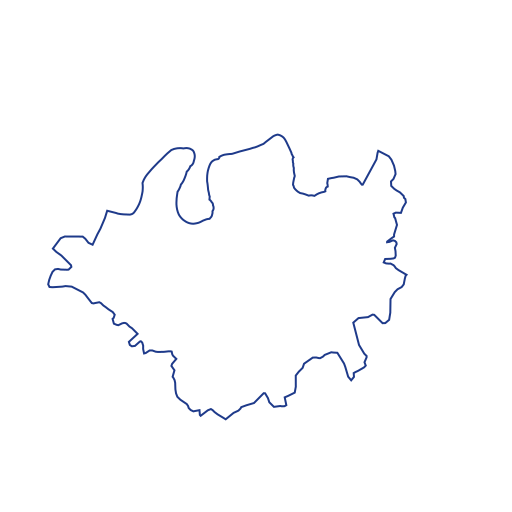 outline of Al-Bagur, Al Minufiyah, Egypt, rotated 223°
{"feature_id": "37247803B46685873859675", "entity_name": "Al-Bagur", "entity_type": "district", "adm_level": 2, "iso_a3": "EGY", "parent_name": "Egypt", "parent_adm1": "Al Minufiyah", "projection": "natural_earth1", "projection_center": [31.09, 30.413], "detail": "fine", "context": "isolated", "style": "outline", "palette": "blue", "viewbox_px": 512, "rotation_deg": 223, "n_neighbors": 0, "source": "geoboundaries", "source_scale": "gbopen_adm2", "svg_char_len": 6157}
<svg xmlns="http://www.w3.org/2000/svg" viewBox="0 0 512 512"><g transform="rotate(223 256 256)"><path d="M409.6,122.9L404.8,122.8L398.7,123.6L385.0,123.1L383.6,122.1L383.8,118.2L384.7,117.2L389.6,112.9L392.0,111.5L393.9,109.1L394.0,105.6L392.7,101.6L391.0,97.6L388.7,93.6L385.9,92.5L383.5,94.4L376.7,101.6L374.8,104.1L369.9,107.9L357.6,111.4L354.3,111.3L351.5,110.8L344.0,109.6L342.5,110.5L341.5,112.0L340.1,113.9L339.1,115.3L337.2,115.8L333.9,115.7L331.1,116.1L327.6,116.4L322.5,117.3L319.3,116.7L317.9,113.7L318.0,112.2L313.8,109.6L311.0,110.6L309.5,111.5L308.0,115.4L307.0,116.9L306.0,117.8L304.6,118.3L300.4,118.1L297.5,118.6L289.5,118.3L290.4,106.5L287.6,104.9L285.2,105.3L283.2,107.7L282.6,114.2L282.1,115.1L280.2,115.1L277.4,113.5L275.1,111.0L271.4,108.4L270.5,109.8L269.4,114.3L267.4,116.2L264.1,117.6L262.2,119.0L257.8,123.3L254.9,126.7L253.4,128.1L252.5,128.6L250.2,127.0L248.8,126.5L244.1,126.4L243.8,119.9L242.9,117.9L237.7,116.8L234.6,110.8L233.7,110.7L230.9,109.7L228.6,108.1L224.0,103.5L220.8,101.0L217.5,99.4L213.3,99.3L205.7,100.5L203.4,100.0L201.5,98.9L198.7,98.8L195.8,99.7L195.2,100.6L192.2,104.7L188.7,101.5L187.5,101.4L186.0,110.3L184.6,113.3L182.7,113.7L179.9,113.6L176.1,114.0L169.9,115.3L166.8,115.9L165.4,126.0L163.4,130.9L163.3,133.9L163.7,135.4L161.2,140.3L157.2,147.1L156.8,160.9L155.7,161.8L150.3,160.2L146.5,158.1L140.0,157.9L136.0,162.8L134.6,163.7L132.7,165.6L132.1,167.6L138.6,172.2L137.1,175.6L134.5,182.5L137.7,187.5L145.4,195.7L145.8,200.6L145.6,206.0L147.4,210.0L145.2,220.4L142.8,222.8L140.4,224.2L139.4,225.1L138.4,228.1L138.3,230.5L135.3,236.9L133.4,238.3L130.5,240.7L118.3,237.4L115.1,235.8L106.3,230.6L101.6,230.0L101.9,234.4L104.7,237.0L104.1,239.0L103.1,241.4L101.0,248.3L101.0,250.7L104.2,252.3L106.0,257.3L106.9,258.3L110.2,258.4L120.0,261.2L139.4,273.6L138.7,280.5L132.4,287.7L130.8,292.6L129.4,293.6L117.6,293.2L115.7,295.1L115.1,300.1L119.1,306.1L128.3,316.3L129.9,324.2L129.8,328.2L128.3,332.6L128.6,336.0L131.8,341.1L133.1,343.6L133.1,344.9L142.1,342.9L145.4,342.5L147.7,343.0L149.1,343.1L152.5,342.2L153.4,341.2L155.8,339.3L158.2,338.4L159.5,341.9L155.7,345.7L153.7,348.1L153.2,349.6L154.1,351.6L157.3,354.7L160.0,356.7L161.3,360.7L162.7,361.7L164.6,361.8L166.5,360.9L168.0,357.4L169.5,355.5L169.9,356.0L169.4,359.0L168.8,362.4L168.3,364.4L169.7,365.9L174.1,374.9L180.1,378.6L181.1,378.6L184.3,380.7L183.3,383.1L179.4,386.4L181.6,391.5L182.9,397.4L185.6,399.5L187.5,399.5L188.9,400.6L194.1,400.7L197.9,399.8L200.7,399.4L204.9,399.5L208.1,402.6L208.0,406.1L209.8,411.1L212.1,413.1L216.7,416.2L222.7,418.8L226.9,419.5L238.3,416.3L237.4,414.3L233.8,408.8L226.6,381.0L227.1,380.4L228.5,380.5L230.9,381.0L234.2,381.1L238.0,379.8L240.9,377.9L244.2,376.0L249.6,370.7L252.5,366.3L254.0,364.4L256.0,361.5L253.6,357.9L252.3,357.0L250.9,355.7L251.2,355.0L251.3,354.4L251.4,354.0L251.2,353.3L250.9,352.5L250.5,351.8L250.0,351.1L249.4,350.6L250.0,349.3L251.6,347.0L252.1,346.0L252.8,344.7L253.6,342.5L254.0,340.9L254.3,339.8L255.4,339.2L256.6,338.4L257.7,337.3L258.6,336.1L262.0,334.7L264.3,333.6L266.7,332.1L267.3,332.0L269.2,331.6L271.2,331.5L273.1,331.6L274.8,331.9L276.0,332.7L276.6,333.0L277.5,333.3L278.8,335.0L279.8,336.6L281.5,339.4L281.7,340.0L281.9,340.4L282.4,341.1L283.9,342.1L285.3,343.1L287.0,344.6L288.4,346.2L289.1,346.6L290.0,347.2L291.0,348.1L291.7,349.0L292.8,349.6L293.4,350.2L294.1,350.9L294.6,351.2L295.1,351.6L295.4,352.1L295.7,352.6L295.8,353.2L295.8,353.8L297.0,354.0L297.4,354.2L298.1,354.5L299.2,354.8L299.9,355.2L300.6,355.7L304.9,357.5L311.5,360.1L313.6,360.8L314.7,361.1L315.9,361.3L316.8,361.4L318.0,361.3L318.8,361.2L320.0,360.9L320.7,360.7L321.8,360.2L322.9,359.6L323.6,358.6L324.2,357.5L324.7,356.4L325.1,355.2L326.2,348.6L326.6,346.3L327.0,343.1L328.2,340.5L329.6,337.2L330.8,334.8L332.0,333.0L333.6,330.1L339.2,321.3L342.8,315.0L343.4,314.1L345.1,312.3L346.7,310.4L348.2,308.5L348.8,307.5L349.7,305.6L350.4,303.5L350.0,303.1L349.8,302.5L349.7,302.0L349.7,301.4L350.0,300.8L350.8,299.8L351.2,299.2L351.8,298.3L352.0,297.7L352.3,296.6L352.5,295.9L352.6,295.2L352.6,294.1L352.5,293.4L352.3,292.3L351.7,290.5L350.6,288.0L349.3,285.5L348.2,283.8L346.6,281.6L344.7,279.4L343.2,277.8L342.6,277.2L340.9,275.9L339.7,274.9L337.4,272.9L336.2,271.8L334.9,270.9L333.5,270.0L332.8,269.4L332.0,268.8L331.4,268.4L330.5,268.0L328.5,265.5L327.7,265.6L326.7,265.5L325.8,265.4L325.1,265.1L324.2,265.1L323.5,264.9L322.7,264.4L322.1,263.8L320.9,263.2L320.4,262.8L319.7,262.2L319.2,261.5L319.0,261.2L318.6,260.2L318.4,259.1L317.5,258.2L317.0,257.6L316.1,256.0L315.8,255.4L315.5,254.6L315.4,253.8L315.4,252.5L315.3,252.0L315.4,251.4L315.8,250.9L316.2,250.6L317.3,249.0L318.9,245.7L319.4,244.2L320.0,242.6L320.7,241.1L321.6,239.7L322.7,238.2L323.6,237.1L324.6,236.2L325.7,235.4L327.2,234.5L328.9,233.8L330.2,233.4L331.8,233.1L333.8,232.8L335.8,232.8L337.8,233.0L339.8,233.4L341.2,233.9L343.1,234.8L345.4,236.2L347.5,237.8L349.4,239.5L350.8,241.0L353.4,244.1L355.2,246.6L357.2,249.5L357.5,251.3L358.1,253.4L358.8,255.4L359.7,257.1L359.7,258.2L359.9,259.6L360.1,260.5L360.4,261.8L361.3,264.3L362.1,266.3L363.0,268.3L364.2,270.5L364.1,272.2L364.3,273.8L364.7,275.4L365.3,276.9L365.0,277.9L364.9,278.9L365.0,280.1L365.2,281.0L365.6,281.9L366.0,282.7L366.4,283.3L366.8,284.2L367.4,285.3L368.3,286.6L369.1,287.5L370.3,288.5L371.3,289.1L372.7,289.8L373.8,290.1L374.2,290.1L375.4,290.0L376.5,289.7L377.3,289.5L378.0,289.2L379.0,288.6L380.3,287.7L381.4,286.5L382.5,285.1L383.7,284.3L384.9,283.3L386.6,281.6L387.7,280.2L389.0,278.3L389.5,277.2L390.2,275.8L390.8,270.6L391.0,266.9L391.1,262.5L391.4,257.9L391.5,251.5L391.5,248.3L391.3,243.5L391.2,241.4L390.9,238.9L390.5,237.0L390.0,235.1L389.3,233.3L388.8,232.0L387.2,230.6L385.8,229.2L384.4,227.6L383.1,226.0L382.0,224.3L379.9,220.8L378.9,218.9L378.2,217.5L377.6,216.1L376.8,214.0L376.2,211.9L375.8,210.4L375.4,208.5L375.1,206.4L374.9,204.9L374.9,203.7L375.1,202.8L375.4,201.9L375.9,201.1L376.4,200.3L377.1,199.7L381.3,196.1L383.5,194.4L385.9,192.8L387.7,192.0L395.7,187.6L392.4,180.8L388.4,169.8L386.8,163.7L383.2,152.8L387.5,151.4L392.6,152.2L396.0,152.0L409.1,139.9L411.0,135.8L410.2,128.4L409.6,122.9Z" fill="none" stroke="#1e3a8a" stroke-width="2"/></g></svg>